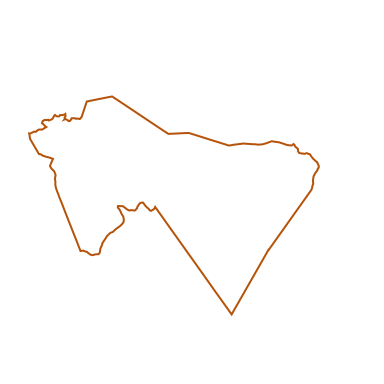 outline of Santa María Temaxcaltepec, Oaxaca, Mexico, rotated 155°
{"feature_id": "50627088B79749806486423", "entity_name": "Santa María Temaxcaltepec", "entity_type": "district", "adm_level": 2, "iso_a3": "MEX", "parent_name": "Mexico", "parent_adm1": "Oaxaca", "projection": "mercator", "projection_center": [-97.173, 16.168], "detail": "fine", "context": "isolated", "style": "outline", "palette": "amber", "viewbox_px": 384, "rotation_deg": 155, "n_neighbors": 0, "source": "geoboundaries", "source_scale": "gbopen_adm2", "svg_char_len": 3014}
<svg xmlns="http://www.w3.org/2000/svg" viewBox="0 0 384 384"><g transform="rotate(155 192 192)"><path d="M147.0,107.1L99.8,133.9L82.7,143.6L80.6,146.1L80.1,146.9L79.2,147.7L78.6,148.2L78.2,149.6L77.7,151.1L75.1,154.9L72.6,156.8L71.6,157.4L69.0,158.8L68.2,159.9L66.9,160.5L66.1,161.9L66.0,166.2L67.0,168.0L67.4,169.1L68.2,171.2L68.6,172.7L69.3,176.6L69.9,176.8L71.5,178.7L74.2,179.1L75.3,180.1L76.2,180.4L78.5,182.3L78.6,184.6L77.8,186.3L79.4,189.9L79.2,191.5L79.6,192.1L79.8,192.6L82.0,192.0L86.0,194.4L87.5,195.9L88.5,196.9L92.2,200.3L94.7,201.9L95.8,202.6L98.3,204.3L103.0,204.7L104.8,204.9L107.9,205.4L109.8,206.1L111.1,206.6L112.8,207.4L114.8,208.7L117.1,209.8L119.2,211.0L122.6,212.9L123.7,213.5L124.9,214.2L130.3,215.9L134.1,217.2L137.3,218.0L139.4,218.8L141.4,220.8L143.5,222.7L155.7,233.8L158.6,236.5L163.1,240.6L170.0,246.9L171.4,247.5L175.5,249.2L180.5,251.2L188.9,254.7L195.9,266.1L207.2,284.7L220.7,306.9L224.0,312.3L225.0,312.6L235.9,315.3L249.1,318.5L257.9,309.2L260.7,306.3L261.5,306.3L262.9,305.5L264.7,306.9L265.6,307.4L266.4,307.4L266.9,308.3L267.7,308.7L268.7,309.1L270.0,309.7L271.1,308.7L272.7,308.0L273.9,308.4L274.0,309.1L275.3,311.0L276.0,311.5L276.6,311.7L277.0,311.7L276.5,312.0L276.1,312.7L275.9,313.5L274.6,314.1L273.9,316.2L274.2,316.1L276.6,316.4L278.0,316.9L279.0,317.5L280.1,316.8L281.0,316.8L282.5,317.7L283.0,318.3L283.6,319.7L284.7,319.4L285.9,318.4L287.2,317.5L288.1,317.2L288.9,317.1L289.6,317.2L291.1,317.3L291.5,317.3L291.8,318.3L292.8,318.4L294.3,319.2L295.2,319.6L295.9,319.6L296.6,319.3L297.3,319.4L297.5,319.3L298.9,317.7L298.3,316.7L298.0,316.1L297.2,313.4L296.6,312.5L301.7,311.9L303.2,312.9L304.3,313.2L305.6,313.3L307.0,312.9L308.1,312.5L309.4,313.4L314.4,313.4L314.8,313.8L316.3,308.7L315.5,299.8L314.7,291.1L313.8,290.5L312.9,289.9L312.4,288.7L311.5,287.7L310.0,286.2L308.6,285.0L307.2,283.9L306.0,282.8L304.0,280.8L309.6,275.8L309.7,274.1L309.3,271.9L308.2,269.3L308.2,268.3L308.4,265.4L309.0,264.1L310.4,262.5L311.6,258.7L312.1,257.8L312.7,256.6L313.3,254.5L313.7,252.3L313.9,250.3L314.1,247.2L314.5,241.8L314.8,235.9L315.4,227.4L316.3,213.1L317.3,196.1L317.9,187.1L318.0,185.7L317.0,185.3L315.4,184.9L313.9,183.2L312.6,182.3L312.2,181.3L311.4,179.8L310.6,178.2L308.7,176.7L307.7,176.6L306.0,176.3L304.3,175.7L303.0,175.1L300.9,176.3L299.1,179.3L295.5,182.4L295.0,183.4L290.2,186.3L288.2,187.6L286.9,188.3L283.2,189.5L281.8,189.3L280.5,189.3L277.3,190.4L275.5,190.8L271.8,191.5L270.5,191.9L268.7,192.6L266.8,193.6L265.8,195.2L265.3,196.3L264.6,199.0L264.9,200.2L265.1,202.4L265.0,205.3L265.2,207.1L265.8,209.2L265.1,210.5L264.1,210.1L260.6,208.3L260.0,207.2L258.7,204.7L258.1,203.5L256.6,201.7L255.0,201.4L251.8,199.4L250.6,199.7L248.8,200.4L247.5,201.9L246.5,202.3L245.0,203.4L243.4,203.9L241.9,203.6L240.8,203.0L240.4,200.8L240.1,199.4L239.6,197.7L238.4,195.0L237.9,193.0L236.9,192.2L235.1,192.4L233.1,192.8L231.7,194.0L224.4,154.3L217.8,118.6L213.1,92.7L208.8,69.7L207.8,64.3L147.1,107.3L147.0,107.1Z" fill="none" stroke="#b45309" stroke-width="2"/></g></svg>